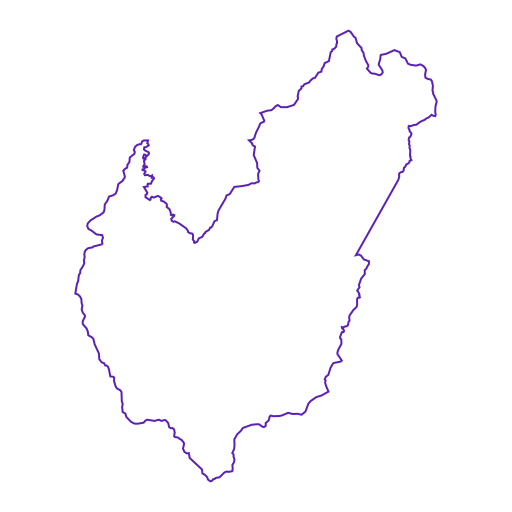 outline of Utcubamba, Amazonas, Peru
{"feature_id": "86281439B73315101481334", "entity_name": "Utcubamba", "entity_type": "district", "adm_level": 2, "iso_a3": "PER", "parent_name": "Peru", "parent_adm1": "Amazonas", "projection": "robinson", "projection_center": [-78.316, -5.759], "detail": "fine", "context": "isolated", "style": "outline", "palette": "violet", "viewbox_px": 512, "rotation_deg": 0, "n_neighbors": 0, "source": "geoboundaries", "source_scale": "gbopen_adm2", "svg_char_len": 6008}
<svg xmlns="http://www.w3.org/2000/svg" viewBox="0 0 512 512"><path d="M148.0,140.4L143.7,140.5L142.3,141.3L141.0,144.2L139.0,144.3L136.7,145.3L135.0,147.0L133.8,150.1L134.8,151.8L134.4,153.8L129.8,157.5L129.4,162.1L127.5,164.7L127.1,167.7L125.0,168.8L123.3,170.8L124.9,176.6L124.6,177.9L123.6,178.9L122.8,180.7L118.7,183.7L118.1,184.7L117.2,189.8L115.7,193.5L113.1,195.3L109.1,196.5L107.3,200.9L104.8,204.4L104.4,210.1L103.5,212.5L99.5,215.4L96.4,216.6L90.5,220.4L87.7,223.5L87.2,226.0L88.4,228.9L91.8,230.8L96.4,234.4L102.1,235.1L103.0,237.7L101.9,240.5L102.4,243.6L101.7,244.4L93.4,246.5L92.5,247.4L88.1,248.2L86.2,249.6L84.9,251.3L84.3,254.5L84.7,256.8L83.9,260.5L84.3,262.9L83.3,265.6L80.4,270.2L80.1,273.3L78.9,274.8L78.1,281.4L77.0,283.6L75.3,293.6L77.8,294.4L79.8,296.2L81.3,299.0L81.7,303.5L82.4,305.3L81.7,309.6L82.8,312.7L84.9,315.4L85.0,316.6L82.7,321.3L82.8,324.1L86.6,328.5L87.8,331.5L88.3,335.3L91.9,337.3L93.3,338.7L94.7,344.4L98.9,353.5L99.3,359.2L101.7,362.4L104.0,363.1L105.1,365.4L106.7,365.6L107.9,366.7L108.9,369.1L110.3,376.4L113.4,376.8L114.1,377.6L114.1,381.2L115.6,386.4L116.8,388.3L120.3,390.3L121.5,392.0L121.8,401.1L122.7,404.3L122.1,407.0L122.7,412.1L125.4,413.6L126.3,416.9L131.0,421.8L134.4,423.6L137.8,423.7L143.6,422.7L145.4,420.6L147.1,419.7L154.6,420.9L158.8,419.7L161.4,420.9L164.7,420.0L165.7,420.3L168.2,423.0L169.2,427.2L171.0,428.3L172.4,428.0L174.1,429.4L174.7,432.7L174.1,436.2L175.1,437.1L177.9,437.5L179.9,439.1L181.4,439.7L183.8,442.7L184.0,444.2L183.0,448.7L184.5,452.0L187.0,453.4L188.8,453.1L189.7,458.0L201.9,469.4L202.5,473.5L204.9,474.8L207.2,477.2L207.9,479.5L210.4,481.3L212.4,480.5L213.1,479.2L214.7,478.9L215.8,477.9L219.5,477.3L224.5,472.4L226.8,471.5L228.3,471.9L232.3,471.2L232.7,468.5L232.4,464.9L233.9,462.4L234.5,459.5L233.6,456.9L233.5,454.3L232.3,453.1L234.1,449.0L234.5,445.6L234.3,439.4L237.2,434.3L240.9,430.8L242.8,428.0L251.9,424.7L257.6,424.2L259.2,424.4L262.4,426.7L264.0,427.1L265.7,425.9L265.7,423.0L268.6,420.5L269.7,416.7L270.5,415.6L273.4,416.2L279.5,416.0L281.8,415.5L288.1,412.8L292.7,414.0L297.6,413.8L301.6,414.7L305.5,411.5L308.4,403.6L310.7,401.0L316.3,397.1L321.5,395.5L328.5,391.6L326.0,385.8L325.1,382.5L325.6,380.5L324.7,379.4L325.8,376.8L328.3,374.9L330.5,367.9L333.0,363.5L334.1,362.9L340.6,361.6L341.8,360.6L337.4,354.0L337.4,352.7L338.1,350.1L341.4,343.9L341.3,339.4L340.1,338.2L340.1,336.8L341.8,332.4L342.1,332.0L343.1,332.2L344.0,331.4L343.6,329.5L342.2,328.5L341.9,327.1L343.5,327.5L344.2,326.7L346.4,326.3L347.8,325.4L348.6,321.9L349.5,320.5L349.2,317.4L349.5,315.6L353.2,310.2L356.5,307.0L357.1,305.0L357.1,299.3L357.7,297.8L359.1,297.8L359.9,297.3L359.2,295.8L359.6,295.0L359.1,294.3L359.1,293.3L357.2,290.6L359.5,287.2L358.9,285.1L361.1,278.7L364.8,274.1L364.7,270.2L366.4,268.6L367.2,266.6L368.9,264.1L369.0,261.3L363.8,259.4L361.0,255.6L358.7,254.5L355.9,255.2L398.4,179.7L399.3,176.1L399.0,174.6L399.3,173.3L401.0,172.1L402.6,171.9L403.5,170.7L404.0,167.7L405.2,166.8L406.3,164.4L408.4,163.4L409.5,162.0L409.6,160.9L411.4,160.1L410.3,157.9L410.6,156.6L410.0,155.9L410.3,150.1L409.5,148.0L409.7,145.7L409.0,144.2L409.4,141.7L408.6,139.9L409.1,137.5L410.3,136.8L411.5,134.0L411.1,132.9L409.6,131.2L409.5,129.9L408.5,128.1L408.6,126.4L409.1,125.8L410.5,126.2L414.2,124.9L416.2,124.8L420.4,121.7L425.1,119.6L425.6,118.9L428.7,117.4L431.5,114.8L433.4,115.8L435.2,116.1L435.7,114.8L435.2,111.7L435.5,106.2L436.7,101.6L436.2,99.9L433.1,93.7L433.2,92.6L432.5,90.7L432.9,85.7L431.9,81.2L430.7,79.5L427.9,79.0L425.4,77.6L425.1,74.4L426.0,69.9L425.0,67.8L423.2,65.9L420.4,64.4L416.1,65.6L410.6,64.8L408.0,63.7L405.3,58.4L401.7,56.9L399.8,52.2L394.4,50.1L386.3,53.8L380.9,54.9L380.6,55.4L380.2,59.5L378.9,63.3L378.8,64.9L382.4,70.5L382.7,72.5L382.1,73.5L380.7,74.8L379.2,75.2L375.2,73.8L371.8,73.4L370.6,72.8L366.9,68.6L368.1,67.0L368.4,65.4L365.8,60.7L364.0,56.0L363.4,52.7L361.7,50.1L361.5,48.0L357.1,43.3L355.4,37.6L354.0,36.8L350.5,31.8L348.4,30.7L336.8,36.5L336.3,38.7L337.0,41.2L337.0,43.2L336.5,43.9L336.2,46.6L334.2,48.8L332.3,49.5L332.2,50.9L330.7,52.3L328.9,61.1L324.7,63.1L323.6,66.4L321.7,69.2L321.4,71.6L318.3,72.7L315.0,77.8L312.7,78.5L310.0,81.0L309.3,82.3L304.3,84.3L303.0,86.3L301.5,86.5L301.4,88.5L298.8,90.8L297.6,96.5L298.1,97.5L297.9,99.1L294.0,104.9L287.3,107.1L281.0,107.2L277.7,105.0L275.3,106.5L273.9,108.2L271.3,110.2L267.2,110.7L260.3,113.1L261.5,114.3L264.3,120.8L263.9,121.7L260.7,123.1L259.7,124.4L259.5,125.6L255.9,132.9L254.4,137.8L253.2,139.2L251.4,140.0L249.0,140.3L252.1,143.4L252.3,144.6L253.0,145.4L255.0,146.6L253.7,155.1L257.1,163.0L257.3,167.8L259.5,170.8L258.1,173.8L258.3,178.8L258.9,181.2L258.1,182.1L256.2,182.5L254.7,183.4L251.4,183.3L248.5,184.9L241.2,186.2L234.3,186.9L229.8,194.0L226.5,195.5L225.5,198.6L218.5,210.5L217.6,213.6L217.0,220.1L214.4,221.3L212.2,226.3L210.8,227.7L210.1,227.7L209.0,229.9L205.6,231.9L205.2,233.0L204.3,233.4L202.2,236.9L198.8,238.4L197.2,241.7L194.9,242.9L194.0,242.5L194.3,241.4L192.8,239.5L193.1,236.2L192.8,234.4L192.1,233.5L189.9,233.2L188.1,232.1L187.9,230.8L186.1,228.3L179.1,223.4L174.8,221.3L173.5,221.8L171.8,220.8L171.2,219.0L174.2,215.8L174.3,215.1L173.2,214.6L171.6,215.3L170.8,214.8L170.8,212.7L169.5,209.3L166.6,206.8L167.0,205.0L166.5,203.7L163.7,201.5L161.3,200.8L160.8,199.5L161.6,198.5L161.3,197.9L158.0,195.9L153.7,197.6L151.9,196.7L150.8,197.8L150.5,199.6L149.9,200.1L145.5,197.2L145.5,195.0L146.8,194.2L147.3,192.7L143.9,187.0L147.7,186.4L147.5,184.5L147.8,183.8L151.0,183.7L152.0,181.1L154.0,178.5L153.5,177.3L151.9,177.7L152.0,175.5L150.4,176.4L148.0,175.0L144.8,175.2L144.2,173.9L145.5,172.0L145.4,171.2L142.4,169.8L142.6,169.3L144.0,169.2L145.1,167.6L147.0,167.2L146.7,166.4L145.2,166.1L143.9,167.1L143.2,166.7L144.6,163.8L143.9,161.1L145.6,159.1L145.0,158.0L143.5,158.6L143.0,157.7L143.9,154.7L144.7,154.5L145.7,155.1L146.1,156.9L148.8,154.1L149.0,153.1L148.6,152.2L144.9,150.4L143.9,149.3L144.3,147.3L145.8,147.2L148.7,145.4L148.5,144.4L147.3,143.2L148.0,140.4Z" fill="none" stroke="#5b21b6" stroke-width="2"/></svg>